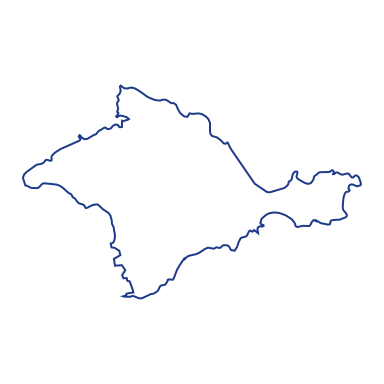 an SVG outline of Crimea
{"feature_id": "UKR-283", "entity_name": "Crimea", "entity_type": "Autonomous Republic", "adm_level": 1, "iso_a3": "UKR", "parent_name": "Ukraine", "parent_adm1": "", "projection": "albers", "projection_center": [34.531, 45.3], "detail": "fine", "context": "isolated", "style": "outline", "palette": "blue", "viewbox_px": 384, "rotation_deg": 0, "n_neighbors": 0, "source": "natural_earth", "source_scale": "10m", "svg_char_len": 4813}
<svg xmlns="http://www.w3.org/2000/svg" viewBox="0 0 384 384"><path d="M117.2,96.3L119.7,93.7L120.7,90.8L119.9,86.5L120.6,85.6L124.2,88.2L127.4,88.5L131.1,87.5L134.7,88.3L138.4,90.5L142.5,93.2L146.2,96.0L149.0,97.6L152.4,99.0L155.4,100.1L159.9,100.6L163.1,99.6L165.9,99.8L168.9,101.5L171.1,103.1L173.7,103.1L176.0,104.7L177.3,107.7L178.4,110.1L179.9,112.6L181.8,114.5L184.2,116.4L187.4,116.9L188.7,114.7L189.5,113.4L192.7,113.9L195.1,113.7L198.5,113.4L202.2,114.2L206.0,116.6L208.3,119.0L210.0,122.8L210.0,126.3L210.0,130.9L210.4,133.9L212.1,136.0L217.0,137.4L220.8,140.3L223.6,143.3L225.5,143.8L227.6,142.5L231.1,149.3L254.7,183.7L266.9,192.0L269.9,192.3L284.3,188.0L286.0,186.8L288.2,184.4L288.5,183.3L288.5,182.3L288.9,181.5L290.1,181.2L290.5,180.8L291.7,179.0L292.0,178.4L292.2,176.3L292.9,174.1L294.0,172.4L295.3,171.6L297.2,171.7L297.5,172.9L296.9,174.7L296.5,176.7L297.1,178.1L298.5,179.3L304.7,182.9L307.9,183.9L310.8,183.2L313.2,180.0L314.2,176.5L314.5,176.0L316.7,174.6L318.4,172.8L320.0,172.2L329.3,172.0L330.5,171.3L331.8,170.2L333.1,170.6L333.8,172.0L333.1,174.1L334.2,174.0L334.9,173.4L335.6,172.7L336.5,172.4L338.0,172.7L340.6,174.3L342.3,174.7L347.1,173.5L348.7,173.7L350.8,176.4L352.2,177.6L353.5,177.2L354.9,175.6L356.3,175.4L357.5,176.0L358.8,177.4L360.3,181.3L361.0,184.1L360.4,185.3L357.8,186.1L356.8,186.2L355.8,185.9L353.4,184.7L351.5,184.4L349.9,184.8L348.9,186.1L348.5,188.4L348.8,189.2L349.4,189.7L349.6,190.2L349.1,191.2L348.4,191.6L346.6,191.8L345.9,192.1L344.8,193.6L344.0,196.0L343.4,198.5L342.8,205.4L342.8,207.9L343.4,210.3L345.7,212.8L346.8,214.5L346.7,216.2L345.6,217.3L339.8,219.6L332.5,220.1L331.6,220.4L330.8,220.9L330.5,221.6L330.1,223.6L329.8,224.2L328.2,224.6L320.9,223.2L316.2,220.4L316.2,221.2L313.6,220.1L311.8,222.0L310.5,224.7L309.3,226.1L303.0,225.8L297.4,227.0L295.7,226.2L294.9,223.6L294.4,222.5L291.9,219.5L290.9,218.6L285.6,215.3L279.7,213.1L276.1,212.5L272.6,212.6L269.2,213.3L266.2,214.8L262.0,218.4L261.3,219.3L261.1,220.7L260.7,221.6L260.4,222.5L260.7,223.7L261.2,224.2L263.6,225.3L263.6,226.0L262.5,226.5L259.8,226.4L258.6,226.8L257.6,228.2L257.5,229.7L258.1,233.2L254.1,230.1L253.8,230.6L252.9,231.2L252.4,231.7L250.3,230.5L248.9,231.5L247.1,235.3L245.6,236.6L242.1,237.5L240.7,238.2L238.7,242.0L237.0,247.0L234.7,250.7L231.2,250.1L230.3,248.9L229.5,247.3L228.5,245.9L226.9,245.3L224.2,245.2L223.3,245.4L222.3,245.8L221.7,246.5L221.2,247.1L220.5,247.7L219.0,247.9L216.3,247.3L215.1,248.1L213.8,248.7L208.1,247.7L205.2,248.8L199.4,252.7L196.3,254.1L189.7,255.6L187.0,256.7L185.0,258.9L184.9,258.6L184.9,258.3L184.8,258.2L184.5,258.2L181.2,262.9L180.8,263.7L180.0,264.7L177.1,269.6L173.9,278.0L173.1,279.5L172.4,279.8L170.5,279.5L169.4,279.5L168.5,279.4L168.1,279.5L167.7,279.9L167.7,280.3L167.7,280.6L167.5,281.1L165.8,283.9L164.7,284.8L160.8,285.6L159.7,286.9L159.0,288.6L157.9,290.6L157.0,291.5L154.1,293.4L153.0,293.8L151.1,294.0L142.1,298.2L140.5,298.4L138.6,298.1L133.4,296.0L132.4,296.0L130.6,296.6L129.7,296.8L124.2,296.6L123.3,296.3L126.2,295.4L126.3,294.0L128.0,293.3L133.4,292.5L132.7,289.7L129.7,281.4L127.3,280.8L126.7,278.1L123.5,278.3L122.1,275.1L125.3,270.2L121.9,265.2L115.0,265.7L113.9,258.9L120.4,255.1L119.2,250.7L114.5,247.8L111.5,247.4L110.7,243.6L113.0,242.8L113.9,241.4L114.5,239.4L114.9,237.1L114.9,234.5L114.0,229.9L113.8,228.0L113.6,227.3L112.2,224.4L111.9,223.3L111.7,220.3L110.4,215.6L108.4,212.9L102.9,209.2L98.4,205.0L97.0,204.3L93.6,204.8L90.6,205.9L87.7,207.6L85.8,208.1L85.0,207.0L84.2,205.3L82.5,204.4L78.8,203.3L77.6,202.1L74.8,198.4L72.8,197.2L72.2,196.2L71.3,194.4L70.5,193.9L69.1,193.2L68.4,192.8L63.1,188.0L60.2,186.0L56.8,184.6L44.7,183.3L43.0,183.5L41.7,184.4L38.7,187.5L37.5,188.1L31.7,188.0L30.0,187.4L27.2,185.8L25.4,185.5L23.3,179.1L23.0,177.5L24.2,174.4L26.7,171.9L36.5,164.8L38.1,164.4L40.0,164.2L41.5,163.8L42.8,163.1L44.0,162.2L44.7,161.3L45.2,160.6L45.9,160.0L47.1,159.8L47.9,160.0L49.5,160.6L50.4,160.8L51.5,160.4L51.7,159.5L51.5,158.4L51.4,157.5L51.6,156.6L51.9,155.9L52.5,155.1L55.0,152.6L60.6,149.0L79.1,140.8L80.1,140.0L80.5,138.6L80.2,138.2L79.4,137.7L78.8,137.0L78.9,135.9L79.6,135.2L80.4,135.7L81.7,137.5L84.5,139.2L87.3,138.9L93.3,135.3L96.2,134.1L96.7,133.3L99.1,130.6L100.4,130.1L103.8,128.0L105.0,127.5L105.6,127.7L107.0,128.8L108.0,129.1L108.8,129.0L110.8,128.4L112.8,126.0L114.4,125.0L115.4,124.6L116.1,124.5L117.0,124.7L117.9,125.1L118.6,125.8L118.9,126.5L119.3,127.1L120.2,127.2L121.9,127.0L122.0,125.6L121.9,122.9L122.1,120.7L123.3,121.3L124.7,120.6L127.4,119.9L128.9,119.1L127.4,117.7L125.9,116.9L121.3,115.6L119.2,115.8L118.3,116.2L117.8,116.9L117.2,117.2L116.2,116.5L117.7,114.5L118.4,113.2L118.2,112.5L117.3,112.1L117.2,111.2L117.6,110.1L118.2,109.1L118.1,108.2L117.1,104.2L117.0,102.9L117.9,101.7L118.7,100.4L118.3,98.7L117.2,96.3Z" fill="none" stroke="#1e3a8a" stroke-width="2"/></svg>